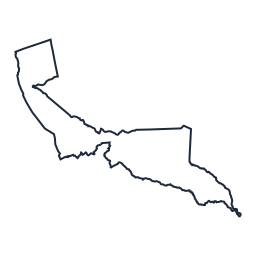 outline of Igembe Central, Eastern, Kenya
{"feature_id": "3690345B70498422733273", "entity_name": "Igembe Central", "entity_type": "district", "adm_level": 2, "iso_a3": "KEN", "parent_name": "Kenya", "parent_adm1": "Eastern", "projection": "orthographic", "projection_center": [38.046, 0.325], "detail": "fine", "context": "isolated", "style": "outline", "palette": "slate", "viewbox_px": 256, "rotation_deg": 0, "n_neighbors": 0, "source": "geoboundaries", "source_scale": "gbopen_adm2", "svg_char_len": 5891}
<svg xmlns="http://www.w3.org/2000/svg" viewBox="0 0 256 256"><path d="M183.8,125.7L183.3,126.0L181.0,128.4L149.5,129.5L136.2,129.8L135.1,130.6L133.5,130.6L132.3,130.9L128.1,132.8L124.9,131.9L123.2,130.5L122.0,130.7L120.6,132.3L119.7,132.5L118.5,134.2L117.8,134.8L115.9,134.3L114.6,133.1L112.0,132.1L111.4,131.6L110.1,131.4L109.3,131.2L109.0,131.3L108.2,131.3L105.9,131.9L105.0,131.9L104.0,131.3L102.6,129.5L102.0,129.3L101.4,128.8L101.0,128.7L100.1,131.9L99.7,132.4L99.4,133.3L99.0,133.2L98.7,132.9L98.4,133.1L97.4,132.4L97.5,132.1L96.9,132.0L95.7,131.3L95.0,129.3L94.5,128.5L91.8,127.3L90.2,126.3L89.3,126.1L88.2,126.3L88.0,126.0L88.1,125.6L87.7,125.1L87.2,125.3L86.9,125.0L86.1,124.8L85.6,124.2L84.5,123.9L84.3,123.6L84.1,122.0L83.7,121.1L83.2,120.8L83.1,120.1L82.7,120.0L81.3,120.4L80.1,119.6L79.8,119.0L79.8,118.4L78.7,118.2L76.7,116.9L74.1,116.4L72.7,116.6L72.3,117.0L71.9,117.2L70.6,116.6L70.1,115.5L47.2,96.3L46.8,95.1L46.5,94.9L46.0,94.2L44.9,93.3L43.8,93.2L43.4,93.2L43.1,93.0L42.7,92.2L41.0,90.8L40.8,90.4L40.3,89.9L39.3,89.6L38.7,89.1L38.2,88.9L37.9,88.5L36.6,88.0L35.3,88.1L35.1,87.8L34.7,87.5L33.0,87.1L32.8,86.8L32.8,86.2L33.3,85.6L35.0,85.9L35.7,85.8L36.8,85.4L37.6,84.6L37.9,84.5L41.7,85.1L42.7,85.1L44.4,84.2L46.7,81.1L47.9,80.4L49.5,79.6L50.8,79.4L51.7,79.1L53.0,78.3L53.9,77.3L55.1,76.9L57.8,76.5L54.9,62.3L52.8,51.1L51.3,44.2L50.6,39.6L24.0,48.6L15.4,51.9L15.6,52.7L16.1,53.2L15.9,53.9L15.5,54.5L15.9,57.1L16.0,57.4L16.9,58.2L17.4,59.0L17.5,59.5L17.5,60.1L18.1,61.4L18.4,63.8L18.2,64.3L18.2,66.7L19.1,68.4L18.8,71.5L18.0,72.6L18.0,74.5L17.3,75.1L17.3,75.6L19.0,83.9L21.6,90.5L23.2,93.3L23.3,94.4L23.1,95.5L26.3,102.2L32.2,112.1L44.8,128.5L53.9,134.1L54.9,138.1L55.3,144.3L58.1,151.1L60.0,153.6L58.9,155.7L60.5,159.4L65.5,156.8L66.8,156.7L66.8,157.1L68.3,157.0L68.3,156.1L70.3,156.0L73.1,154.8L73.8,155.8L74.8,155.5L77.0,157.7L77.4,157.4L77.8,157.9L78.9,156.1L80.1,155.0L81.0,153.5L81.1,152.5L81.5,152.6L81.6,152.8L82.5,154.8L83.5,154.4L84.5,153.6L85.8,152.4L86.2,152.6L87.1,154.3L88.0,155.3L88.3,155.4L89.0,155.1L90.9,153.3L91.6,153.4L94.0,154.4L94.5,153.9L94.4,153.5L93.7,152.2L95.5,150.7L96.0,150.1L96.1,149.5L97.0,148.7L96.5,147.1L97.6,145.5L98.1,145.5L99.8,144.9L100.8,144.4L101.5,143.8L101.9,143.1L109.6,142.5L109.5,142.8L109.3,145.1L109.7,145.4L110.1,145.6L109.8,146.4L108.3,148.4L109.1,148.6L108.9,150.4L107.2,151.3L106.6,151.7L105.8,152.7L104.8,153.2L104.6,153.5L104.4,154.0L104.4,154.4L104.8,155.0L104.8,155.3L104.3,155.8L106.3,158.4L106.8,158.4L107.2,158.8L107.7,159.9L108.8,160.3L109.4,160.4L110.1,160.8L110.1,161.1L109.6,162.3L109.6,163.0L109.6,163.4L110.5,165.2L110.7,166.1L110.7,167.3L111.0,167.5L113.2,166.1L117.7,163.9L118.5,162.7L118.8,162.4L119.6,162.4L120.7,162.7L121.7,163.3L121.8,163.6L123.0,164.6L123.5,165.5L124.6,166.1L125.1,166.8L126.1,167.6L127.0,169.0L127.8,169.1L129.1,169.5L129.3,170.3L129.6,170.7L130.3,171.0L130.5,171.3L131.7,173.9L131.7,174.5L131.9,174.9L133.0,175.7L133.8,175.9L133.9,176.2L134.6,176.6L135.4,177.4L135.9,177.2L136.9,177.4L137.4,177.2L137.9,177.2L138.8,177.8L140.1,178.1L140.5,178.3L142.3,178.7L142.6,178.8L143.0,179.6L143.4,179.4L143.6,178.7L144.5,178.6L145.6,178.2L146.1,178.3L148.1,178.9L149.7,179.1L151.2,180.0L151.7,180.7L152.5,181.1L153.5,181.1L154.9,181.6L155.6,181.3L156.3,181.2L157.3,181.4L157.7,181.6L158.0,181.6L159.0,182.1L159.7,182.3L160.1,182.7L160.7,183.9L161.1,184.2L161.4,184.3L163.2,184.4L164.4,185.3L166.3,185.6L166.7,185.2L167.2,185.2L167.9,184.8L169.7,184.7L170.5,184.3L170.9,185.1L172.7,185.8L173.2,186.6L174.4,186.8L175.3,187.1L176.2,187.1L176.6,187.4L177.3,187.7L179.1,187.5L179.3,187.9L181.0,188.5L181.7,189.5L182.5,190.2L183.8,190.0L185.1,190.8L186.5,190.8L188.3,190.6L189.0,190.2L189.4,190.4L189.7,191.4L190.4,191.3L190.7,191.4L190.7,191.9L190.9,192.3L191.8,192.2L192.0,192.9L192.8,193.2L193.0,193.7L192.7,194.2L192.9,194.6L193.5,194.9L193.8,195.2L193.7,195.6L194.0,195.9L194.6,197.1L194.8,198.6L195.6,199.4L196.4,201.1L197.0,201.7L197.2,202.0L197.1,202.6L197.9,203.0L198.5,204.1L199.3,204.4L199.8,204.5L200.9,204.4L201.4,204.8L202.8,204.7L203.5,205.0L204.9,205.0L205.0,204.4L205.3,203.9L205.2,203.6L205.3,203.2L205.5,203.0L206.8,203.0L207.8,201.6L208.4,201.3L208.7,200.9L209.3,201.0L210.3,202.0L210.7,202.1L211.0,202.2L211.7,201.8L212.6,201.8L213.5,202.6L214.0,202.5L214.1,201.7L214.3,201.3L215.3,201.2L215.7,201.2L216.4,201.7L216.3,202.1L216.5,202.3L218.2,201.9L219.7,201.8L221.0,201.0L222.0,201.5L223.7,201.6L224.3,201.9L224.5,202.2L224.6,203.3L226.0,204.1L226.7,205.0L226.8,205.4L227.4,205.9L227.6,206.3L227.6,206.8L227.8,207.2L230.6,208.1L230.9,209.1L231.4,209.7L231.6,210.4L232.1,210.8L232.3,211.0L232.8,211.0L233.4,210.6L234.6,210.4L234.8,210.3L235.4,210.3L235.8,210.6L237.0,213.8L237.4,214.3L238.8,215.4L238.7,215.8L238.9,216.2L239.7,216.4L240.6,215.0L240.6,214.2L240.3,213.5L239.5,213.0L238.9,213.1L237.8,212.7L237.1,211.6L237.1,210.4L236.9,210.1L236.8,209.2L236.2,209.0L233.7,208.8L233.3,208.6L232.8,207.7L232.6,206.3L232.4,205.9L231.8,205.5L231.7,204.0L231.7,203.1L232.2,201.2L232.0,199.6L231.5,197.9L231.1,197.0L231.1,196.3L229.9,193.8L229.9,192.5L229.6,191.2L228.7,189.7L228.0,189.3L227.4,189.1L226.9,188.6L225.0,187.7L224.7,186.2L224.0,185.9L223.3,184.9L223.0,184.6L222.2,184.5L221.3,183.6L220.5,183.2L220.0,183.4L219.5,183.2L217.6,181.6L217.3,181.1L216.6,180.7L216.1,179.6L216.0,178.8L216.2,178.6L215.9,177.5L215.6,177.3L214.8,177.2L214.2,176.8L213.9,176.5L213.1,175.3L212.4,174.7L211.8,174.5L211.6,174.3L210.0,173.2L209.6,172.8L209.5,172.3L208.5,171.8L207.9,172.2L207.1,172.1L205.4,169.7L204.4,169.3L204.2,168.9L203.8,168.8L203.6,168.4L202.2,168.6L201.8,168.4L201.3,168.6L200.6,168.1L200.0,168.1L198.9,167.2L197.1,166.0L194.7,165.5L194.1,165.1L193.8,165.2L193.5,165.0L193.2,164.6L192.9,164.5L192.5,165.2L192.2,165.2L191.3,164.3L190.7,163.4L190.1,162.9L190.0,162.5L190.1,162.2L189.5,161.5L189.5,158.1L191.0,129.0L183.8,125.7Z" fill="none" stroke="#1e293b" stroke-width="2"/></svg>